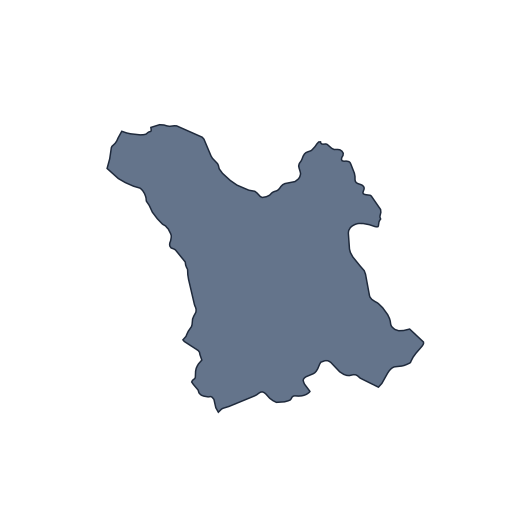 Dzavhan, Natural Earth projection, rotated 48°
{"feature_id": "MNG-3318", "entity_name": "Dzavhan", "entity_type": "Province", "adm_level": 1, "iso_a3": "MNG", "parent_name": "Mongolia", "parent_adm1": "", "projection": "natural_earth1", "projection_center": [96.384, 48.303], "detail": "fine", "context": "isolated", "style": "filled", "palette": "slate", "viewbox_px": 512, "rotation_deg": 48, "n_neighbors": 0, "source": "natural_earth", "source_scale": "10m", "svg_char_len": 4255}
<svg xmlns="http://www.w3.org/2000/svg" viewBox="0 0 512 512"><g transform="rotate(48 256 256)"><path d="M235.6,122.0L238.0,122.4L239.5,124.1L240.2,126.3L241.3,127.8L242.8,128.3L244.5,127.2L245.2,126.2L245.9,125.4L246.8,124.7L247.6,124.1L248.5,123.7L249.4,123.6L250.3,123.8L251.2,124.1L251.3,124.1L260.3,127.5L263.1,129.2L265.6,131.4L267.0,132.2L268.6,132.4L270.2,131.9L273.3,130.2L274.8,129.6L276.6,129.6L277.8,130.1L278.7,131.1L279.6,132.8L280.5,134.2L281.5,134.6L282.7,134.2L284.0,133.3L287.3,130.5L288.6,130.2L304.8,132.3L307.1,134.0L309.3,137.2L310.2,138.0L311.9,138.6L311.9,138.9L312.1,139.6L312.4,140.5L312.7,141.3L313.2,142.1L315.5,144.9L315.8,145.7L315.3,146.6L313.9,147.8L308.6,150.8L303.7,154.5L300.8,157.6L300.0,158.7L299.1,160.5L298.7,161.7L298.1,164.1L298.0,165.9L298.1,167.2L299.1,170.1L300.7,172.0L313.4,181.9L316.5,183.5L321.5,184.7L333.0,185.3L339.3,185.4L342.8,186.8L361.4,198.2L362.8,198.8L365.7,199.0L369.6,198.0L371.5,197.3L373.2,196.9L379.2,196.5L387.7,197.4L392.0,198.7L394.2,199.8L396.9,201.6L398.3,202.2L399.6,202.4L402.0,202.2L403.6,201.9L407.0,200.0L410.2,196.1L413.1,190.7L432.0,189.1L433.1,190.0L433.6,191.0L434.1,192.8L435.3,202.3L436.3,207.0L437.8,211.0L438.5,212.5L438.4,213.5L437.3,217.0L436.4,219.3L435.3,221.3L431.0,227.3L430.6,228.4L430.3,229.6L430.2,231.3L430.4,233.6L431.1,236.5L434.9,247.7L435.4,252.8L416.5,260.3L412.9,260.7L411.0,261.4L409.3,263.1L407.3,266.7L405.4,268.5L402.7,270.0L398.0,271.3L385.2,271.6L383.4,272.1L381.9,272.7L380.7,273.9L379.9,274.9L378.3,278.9L378.9,280.9L381.1,285.6L381.9,288.3L382.1,290.4L381.8,292.2L379.2,299.6L379.0,301.4L379.2,302.9L380.0,304.2L381.9,305.1L383.7,305.7L392.7,306.5L392.9,307.2L392.9,307.8L392.9,308.6L392.6,310.8L392.2,312.1L391.5,313.8L390.5,315.6L388.6,318.1L385.9,320.7L385.1,322.0L385.0,323.8L385.6,325.2L385.9,326.9L385.1,329.1L383.5,332.3L378.4,338.8L374.8,340.2L370.9,341.0L365.2,341.0L363.1,341.3L361.2,342.2L360.2,343.8L359.8,346.0L359.6,348.4L359.0,350.7L349.7,376.8L347.1,382.4L346.7,384.1L346.9,388.5L341.9,387.4L337.4,384.9L334.4,383.2L331.7,383.1L330.7,383.4L330.2,383.7L329.9,384.0L329.1,385.3L328.6,385.9L325.3,388.5L323.2,389.6L322.2,389.9L320.6,390.0L319.8,390.0L319.2,389.8L317.7,389.1L316.8,388.7L316.3,388.7L309.6,388.5L306.6,388.1L306.3,387.4L305.9,386.3L306.1,383.5L305.6,382.3L301.2,378.0L299.4,375.5L298.3,372.9L297.7,370.9L297.1,365.9L291.9,363.7L289.7,362.4L287.6,362.2L271.5,366.5L269.4,366.4L268.9,361.8L268.0,360.0L266.6,356.7L265.3,351.2L264.1,349.3L260.4,345.3L259.0,342.4L257.6,338.4L256.7,337.3L255.4,336.1L253.3,335.1L252.4,334.9L250.8,334.2L228.3,321.8L224.3,319.2L220.4,316.0L219.8,315.7L217.8,315.2L215.6,314.3L213.1,312.6L197.5,311.8L195.7,312.4L193.2,313.7L191.0,313.4L189.9,312.7L189.2,312.0L188.5,311.1L187.7,309.5L186.6,308.0L185.3,306.4L184.1,305.3L182.3,304.5L177.1,303.1L175.2,303.2L173.3,303.1L172.8,303.2L170.4,304.0L169.4,304.2L162.2,304.4L154.1,303.7L147.0,301.5L142.7,300.9L142.0,300.8L141.3,300.4L139.3,298.9L137.7,298.1L135.1,297.1L131.9,296.5L129.7,296.5L127.9,296.8L122.2,300.3L114.0,304.0L106.3,306.5L91.3,308.1L85.9,299.7L78.7,291.0L78.1,289.6L78.1,287.4L78.0,285.2L77.3,282.4L76.0,279.5L73.5,272.3L78.0,269.8L81.2,267.5L88.6,260.9L90.6,258.4L91.6,256.7L91.8,256.2L91.9,255.5L91.9,254.1L92.0,253.3L92.1,252.7L92.4,252.0L92.6,251.7L92.7,251.4L92.8,251.2L92.9,250.8L92.8,250.3L92.7,250.0L92.0,249.4L90.1,248.1L93.9,239.8L97.1,236.7L99.6,235.2L101.8,233.5L104.6,229.5L106.2,227.9L131.7,216.5L134.3,216.5L151.6,222.5L154.2,223.0L161.6,222.8L163.4,223.3L166.2,224.8L166.5,225.0L172.1,225.6L182.5,224.6L190.6,222.7L198.0,219.3L202.3,217.3L207.1,213.6L209.8,213.1L214.7,213.0L216.7,212.2L218.9,208.6L219.8,205.6L219.9,204.8L219.7,202.2L219.9,200.6L220.5,198.9L221.4,197.0L221.7,195.1L221.5,193.1L221.0,190.9L220.9,188.4L221.5,186.1L226.8,177.2L227.1,173.0L226.6,170.8L225.8,169.4L224.8,167.9L223.2,166.9L219.4,165.1L217.7,164.1L216.7,162.7L216.2,161.8L215.5,158.7L214.8,157.0L213.3,154.1L212.6,151.7L212.6,149.7L213.2,147.9L214.3,145.3L214.5,144.7L214.6,144.3L214.6,143.1L214.2,138.9L213.4,135.6L213.2,133.1L214.3,131.7L214.5,131.9L215.7,132.3L216.9,132.1L217.9,131.2L219.5,129.1L220.8,128.4L226.6,127.7L229.1,126.7L231.4,124.1L233.2,122.6L235.6,122.0Z" fill="#64748b" stroke="#1e293b" stroke-width="1.5"/></g></svg>